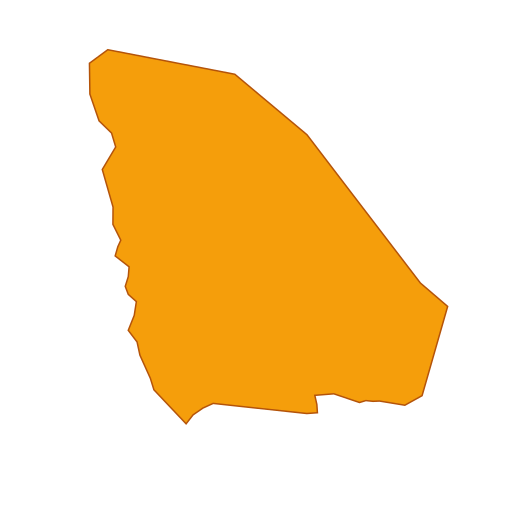 Hoima, Equal Earth projection, rotated 100°
{"feature_id": "UGA-3105", "entity_name": "Hoima", "entity_type": "District", "adm_level": 1, "iso_a3": "UGA", "parent_name": "Uganda", "parent_adm1": "", "projection": "equal_earth", "projection_center": [31.113, 1.442], "detail": "fine", "context": "isolated", "style": "filled", "palette": "amber", "viewbox_px": 512, "rotation_deg": 100, "n_neighbors": 0, "source": "natural_earth", "source_scale": "10m", "svg_char_len": 737}
<svg xmlns="http://www.w3.org/2000/svg" viewBox="0 0 512 512"><g transform="rotate(100 256 256)"><path d="M80.7,308.4L96.7,280.7L127.7,226.9L177.4,172.9L227.9,117.9L254.1,89.4L272.4,58.5L364.7,68.2L377.1,83.5L377.4,109.2L378.8,115.6L379.3,122.7L382.3,128.6L378.2,155.4L383.0,173.9L391.6,170.3L399.7,168.3L402.3,178.6L406.9,247.0L408.6,272.6L415.0,281.9L423.4,290.4L433.4,295.7L405.5,333.3L394.8,338.8L373.8,353.1L361.3,358.2L351.4,368.9L335.6,365.6L321.7,365.9L316.0,375.1L308.6,379.5L298.5,378.2L288.7,379.1L280.4,394.7L270.9,393.7L263.9,391.9L249.7,402.4L232.6,405.3L197.5,422.4L173.0,413.1L160.0,419.6L150.2,434.0L125.4,447.7L95.1,453.5L78.6,437.8L79.3,394.7L80.7,308.4Z" fill="#f59e0b" stroke="#b45309" stroke-width="1.5"/></g></svg>